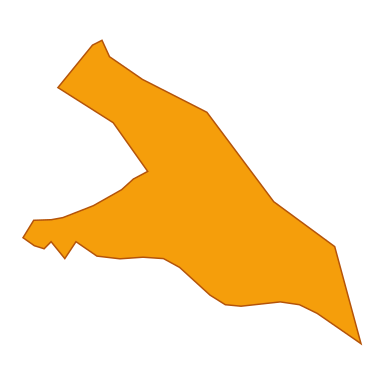 map outline of Lendava (Robinson projection)
{"feature_id": "SVN-264", "entity_name": "Lendava", "entity_type": "Municipality", "adm_level": 1, "iso_a3": "SVN", "parent_name": "Slovenia", "parent_adm1": "", "projection": "robinson", "projection_center": [16.393, 46.569], "detail": "fine", "context": "isolated", "style": "filled", "palette": "amber", "viewbox_px": 384, "rotation_deg": 0, "n_neighbors": 0, "source": "natural_earth", "source_scale": "10m", "svg_char_len": 566}
<svg xmlns="http://www.w3.org/2000/svg" viewBox="0 0 384 384"><path d="M102.0,40.3L109.5,56.7L142.4,79.4L206.9,112.3L273.7,201.7L334.7,246.6L361.0,343.7L317.2,313.4L299.4,304.7L280.3,301.9L241.0,306.2L225.3,304.7L210.1,295.2L179.6,267.4L163.5,258.6L143.0,257.2L119.9,258.8L96.9,256.1L76.0,241.7L64.8,258.6L64.0,257.6L51.1,241.7L44.1,248.8L43.0,248.4L34.3,245.7L23.0,237.7L33.7,220.3L51.4,219.7L62.9,217.6L93.3,205.7L121.6,189.7L133.4,179.0L147.7,171.4L113.2,122.7L57.9,87.6L92.5,45.1L101.4,40.6L102.0,40.3Z" fill="#f59e0b" stroke="#b45309" stroke-width="1.5"/></svg>